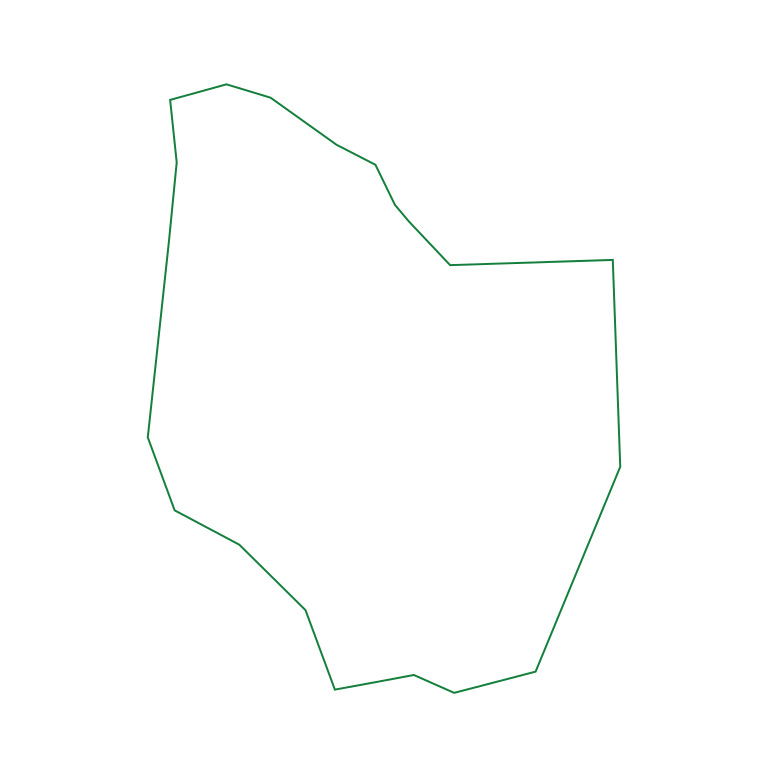 the border of Fria, rotated 84°
{"feature_id": "GIN-5638", "entity_name": "Fria", "entity_type": "Prefecture", "adm_level": 1, "iso_a3": "GIN", "parent_name": "Guinea", "parent_adm1": "", "projection": "mercator", "projection_center": [-13.527, 10.477], "detail": "fine", "context": "isolated", "style": "outline", "palette": "green", "viewbox_px": 768, "rotation_deg": 84, "n_neighbors": 0, "source": "natural_earth", "source_scale": "10m", "svg_char_len": 426}
<svg xmlns="http://www.w3.org/2000/svg" viewBox="0 0 768 768"><g transform="rotate(84 384 384)"><path d="M284.5,143.5L491.0,157.7L685.9,263.3L698.5,346.5L676.5,384.8L679.6,423.2L682.8,464.8L600.7,485.7L528.7,544.7L487.8,605.4L412.4,624.5L219.8,583.0L142.0,567.0L79.1,567.0L69.5,509.4L87.4,466.9L141.2,406.1L165.1,369.6L207.0,354.4L224.9,342.3L272.7,305.8L284.5,143.5Z" fill="none" stroke="#15803d" stroke-width="2"/></g></svg>